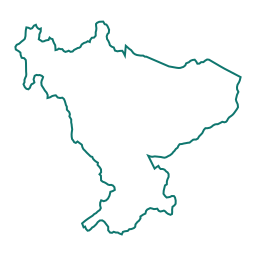 Santa Luzia, Bahia, Brazil (Equal Earth projection)
{"feature_id": "56859067B43041247396885", "entity_name": "Santa Luzia", "entity_type": "district", "adm_level": 2, "iso_a3": "BRA", "parent_name": "Brazil", "parent_adm1": "Bahia", "projection": "equal_earth", "projection_center": [-39.272, -15.469], "detail": "fine", "context": "isolated", "style": "outline", "palette": "teal", "viewbox_px": 256, "rotation_deg": 0, "n_neighbors": 0, "source": "geoboundaries", "source_scale": "gbopen_adm2", "svg_char_len": 4555}
<svg xmlns="http://www.w3.org/2000/svg" viewBox="0 0 256 256"><path d="M16.7,44.8L15.4,46.9L15.8,49.5L18.7,51.2L20.4,52.6L20.7,55.2L21.7,57.8L24.2,58.2L25.8,60.1L26.0,63.2L26.1,71.5L26.3,74.2L26.1,76.1L25.3,77.7L24.5,79.8L24.5,82.3L23.5,84.2L24.8,87.1L26.4,88.8L28.4,89.3L30.0,87.7L30.6,85.8L31.6,84.2L33.0,83.6L34.4,82.5L33.6,79.3L34.7,75.8L36.5,74.9L38.2,75.2L39.6,75.0L41.8,75.8L43.1,77.0L42.5,78.8L41.7,80.6L41.3,82.5L41.6,85.3L42.8,87.2L43.7,88.6L44.9,90.6L46.6,92.6L47.7,95.1L47.5,98.0L50.1,97.3L52.3,96.0L54.3,95.5L55.8,95.3L57.7,97.5L60.0,98.0L62.4,97.7L63.9,99.0L64.7,100.7L65.5,103.3L65.9,105.0L66.8,106.6L66.9,109.7L69.2,112.1L69.9,114.2L69.4,116.4L71.2,119.4L71.2,122.5L71.6,124.4L71.8,126.5L72.2,129.4L71.8,132.1L71.6,134.3L71.7,136.9L72.1,139.1L73.2,140.5L74.2,142.2L75.8,142.9L77.5,141.5L79.6,143.1L81.8,144.7L82.4,147.2L83.5,149.3L84.9,150.6L86.8,152.7L89.0,154.8L90.6,156.4L92.3,156.9L93.0,158.7L94.5,160.4L96.3,161.8L97.9,162.7L97.6,164.9L99.8,167.4L101.0,169.4L101.1,172.3L99.5,174.3L100.9,175.6L101.0,177.9L101.1,180.4L102.7,181.7L104.6,182.4L106.5,183.5L108.0,184.6L109.5,185.0L111.3,184.9L112.9,185.5L114.4,187.2L114.8,189.9L112.7,191.1L110.4,191.8L109.5,195.7L108.0,198.6L106.1,200.4L103.7,201.2L101.2,200.3L100.2,202.7L100.1,205.4L100.8,208.1L99.8,210.0L97.7,211.5L96.1,213.1L94.2,214.1L92.6,215.7L90.1,217.3L88.3,218.5L86.5,219.8L85.3,220.7L83.6,222.1L82.1,223.4L83.6,227.3L85.1,226.6L86.0,228.9L87.6,230.7L89.2,230.4L90.8,229.1L92.3,227.4L93.6,226.8L95.2,225.3L96.3,224.2L97.7,222.2L99.8,220.5L102.3,220.4L104.4,221.8L106.1,224.1L108.2,226.8L108.2,230.3L110.1,232.6L112.1,232.8L113.7,231.8L115.7,232.5L117.8,232.5L119.4,233.5L121.8,234.4L122.9,231.9L124.8,231.3L127.8,230.9L129.3,229.2L131.1,229.1L132.6,228.6L134.0,228.0L135.2,226.8L135.5,224.4L137.3,222.1L139.1,220.6L140.5,218.4L140.4,216.5L141.9,215.5L143.2,214.6L145.4,213.6L146.1,210.9L147.3,209.5L148.8,208.8L150.2,208.1L152.0,208.5L153.9,209.1L155.3,209.0L157.3,208.7L158.7,210.8L160.3,211.5L162.3,211.1L163.9,210.6L165.3,211.4L166.4,212.7L168.1,213.9L170.5,214.8L172.0,214.0L172.2,211.9L172.1,209.8L172.5,206.8L174.4,205.4L175.6,203.8L175.7,200.6L175.0,197.5L174.0,196.1L171.8,196.0L170.1,196.9L168.7,197.2L166.6,197.5L165.0,195.9L163.5,193.8L163.7,190.8L164.3,188.2L165.0,185.4L166.8,184.4L166.9,181.3L167.5,179.3L168.6,176.9L168.6,174.1L167.6,172.4L166.1,171.4L164.6,169.7L162.8,169.0L160.6,169.0L159.5,167.9L158.4,165.9L156.5,167.1L154.6,168.6L148.2,155.7L150.1,156.4L152.1,156.8L154.8,156.4L157.1,156.6L158.8,156.8L160.9,157.0L163.1,157.5L164.6,157.7L166.3,157.2L168.4,156.0L170.1,155.2L172.2,153.5L173.2,152.1L174.4,151.0L175.8,149.0L177.6,147.7L178.4,145.8L179.6,144.2L181.9,144.0L183.8,143.5L185.6,143.2L187.7,142.8L189.6,142.6L191.6,140.9L193.2,139.7L194.6,139.5L196.1,139.5L197.8,138.6L199.1,136.4L200.8,134.7L202.3,133.1L203.9,129.8L205.4,128.2L207.4,128.2L209.9,127.7L211.5,126.8L213.0,125.5L214.8,124.5L216.3,124.2L217.7,124.2L219.8,123.2L222.3,121.8L224.4,122.3L225.9,121.9L227.0,120.8L227.9,119.0L229.1,117.4L230.7,116.3L232.5,114.9L233.7,113.6L235.1,111.7L237.0,109.0L238.0,107.2L237.7,104.3L236.3,101.2L235.9,99.4L236.5,97.0L237.0,94.9L238.4,91.9L237.1,89.3L237.0,87.1L237.5,84.8L239.0,82.3L239.8,80.4L240.6,77.1L224.7,68.8L220.1,66.2L209.0,59.7L207.1,59.5L205.2,60.6L203.4,62.1L201.2,62.1L199.4,63.6L197.4,63.7L196.2,61.5L194.7,59.7L192.5,60.0L190.5,60.8L188.8,62.3L187.4,62.8L186.1,63.4L185.3,65.4L183.4,66.9L181.8,67.4L180.3,67.9L178.8,68.0L176.8,67.8L168.9,66.4L146.4,56.7L144.9,56.7L143.2,55.6L140.9,55.6L139.4,55.4L136.9,55.0L135.1,54.3L133.4,53.1L132.2,51.5L131.1,50.1L129.3,48.9L127.4,47.2L125.8,45.8L124.9,55.5L123.6,52.9L122.3,50.8L119.9,50.9L117.4,51.3L115.0,50.6L113.8,47.5L111.6,46.6L109.9,45.2L109.2,42.8L108.2,40.7L107.1,39.1L106.7,36.3L107.5,34.1L108.8,32.8L109.1,29.8L107.6,26.3L106.4,24.6L104.7,24.2L103.2,21.6L99.2,21.8L97.1,22.8L96.0,24.0L96.1,25.9L96.4,28.2L96.2,30.3L95.7,32.2L95.7,35.7L94.0,37.6L91.8,37.8L90.2,40.0L89.8,42.0L87.8,41.2L86.1,42.3L83.9,43.0L81.7,44.5L80.4,47.0L79.1,47.8L77.7,48.0L76.3,48.8L74.1,49.9L72.6,51.5L70.5,51.8L68.7,50.7L67.4,51.3L65.4,51.9L63.7,51.0L62.3,49.1L60.5,49.1L58.8,48.6L57.5,49.6L55.5,50.1L55.4,47.7L55.2,45.2L54.1,43.3L53.3,41.5L52.5,39.1L50.8,38.6L49.6,37.6L48.5,40.0L47.0,40.2L45.6,40.5L43.9,41.3L42.2,41.5L40.7,40.4L38.8,39.3L39.3,36.5L39.4,34.3L40.7,31.5L40.8,28.5L39.2,29.1L37.8,28.2L36.6,26.7L35.9,24.8L33.9,25.7L32.2,28.2L30.4,28.8L28.6,27.8L26.4,27.4L25.8,30.3L25.6,33.1L25.5,36.0L24.8,38.8L23.6,40.0L21.5,41.6L19.2,43.7L16.7,44.8Z" fill="none" stroke="#0f766e" stroke-width="2"/></svg>